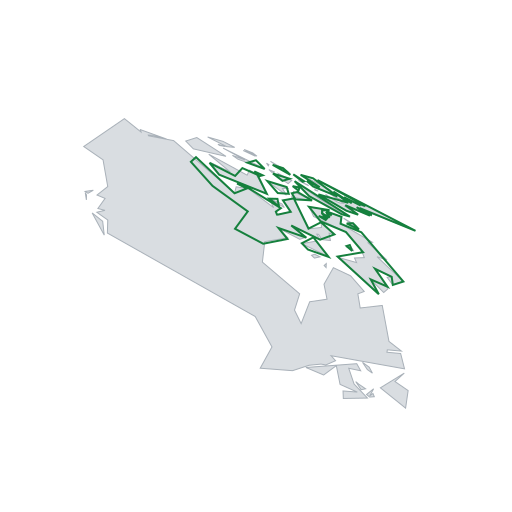 Canada, with Nunavut highlighted, rotated 28°
{"feature_id": "CAN-634", "entity_name": "Nunavut", "entity_type": "Territory", "adm_level": 1, "iso_a3": "CAN", "parent_name": "Canada", "parent_adm1": "", "projection": "equal_earth", "projection_center": [-85.605, 67.518], "detail": "medium", "context": "in_parent", "style": "outline", "palette": "green", "viewbox_px": 512, "rotation_deg": 28, "n_neighbors": 0, "source": "natural_earth", "source_scale": "10m", "svg_char_len": 5635}
<svg xmlns="http://www.w3.org/2000/svg" viewBox="0 0 512 512"><g transform="rotate(28 256 256)"><path d="M92.5,264.3L75.8,242.9L52.5,240.2L75.3,196.5L96.3,200.5L94.6,198.7L122.1,194.7L107.9,198.1L104.1,199.8L104.8,200.3L129.1,192.8L207.5,210.4L206.0,204.2L215.7,200.9L205.2,200.9L214.3,199.5L248.9,205.0L244.4,201.8L249.5,201.3L255.2,202.3L252.8,207.5L255.2,209.5L265.6,200.8L253.8,194.3L262.2,187.5L290.2,207.0L300.4,200.1L297.8,195.7L315.0,200.3L309.8,201.5L314.4,207.4L306.5,210.6L301.8,207.9L300.5,207.6L299.4,208.2L304.6,211.3L273.1,212.5L291.4,215.9L286.8,220.7L263.0,220.9L275.5,225.0L257.0,239.2L264.5,258.4L312.3,268.9L315.4,285.7L327.6,294.5L324.9,271.2L339.0,260.8L329.3,249.0L329.8,230.0L348.9,229.1L368.2,236.5L363.7,241.6L372.4,253.0L390.7,240.4L413.5,269.0L429.0,271.7L416.0,277.2L416.8,279.5L429.5,274.2L440.1,285.9L369.1,308.8L375.4,311.1L368.8,319.4L364.2,320.9L354.1,327.6L342.1,340.1L312.4,353.1L312.8,328.8L283.7,309.8L114.0,305.5L108.2,293.8L94.9,292.1L101.2,286.6L94.1,288.3L95.7,276.0L87.0,276.8L92.5,264.3ZM293.5,191.2L300.5,191.1L298.0,183.4L312.8,181.4L315.7,187.8L352.3,189.2L348.8,191.8L373.6,198.1L363.2,199.8L398.0,209.3L390.1,217.2L381.8,213.3L385.3,210.8L367.5,211.3L387.9,223.0L385.9,228.3L368.7,223.0L381.3,232.1L328.8,218.7L347.9,214.6L343.9,211.5L352.4,206.6L345.0,200.4L323.3,192.7L288.3,194.1L280.1,187.6L299.7,181.1L293.3,184.7L299.7,189.8L293.5,191.2ZM275.6,160.1L384.6,158.9L323.1,165.7L338.4,166.5L310.6,170.3L325.8,171.5L315.4,173.5L282.6,172.6L292.9,170.6L288.5,168.9L301.5,170.1L304.8,169.9L308.5,168.4L293.0,166.4L306.0,166.4L311.5,165.9L294.2,162.9L316.1,164.4L306.9,162.8L328.9,161.7L322.2,161.5L328.7,160.5L275.6,160.1ZM166.5,188.3L210.2,188.8L209.9,183.3L216.7,183.1L236.2,195.9L186.1,201.4L171.3,194.9L193.8,193.9L166.5,188.3ZM390.5,329.9L378.4,315.1L371.6,329.3L352.4,331.0L395.5,303.8L402.3,308.2L390.6,311.6L402.7,323.0L421.1,329.1L400.0,340.8L396.2,334.3L409.3,328.6L390.5,329.9ZM148.1,179.2L182.7,182.1L150.4,190.8L140.0,187.5L148.1,179.2ZM256.9,163.2L289.9,162.7L299.5,165.2L276.0,167.9L266.0,165.9L276.6,165.0L256.9,163.2ZM255.2,171.8L284.9,175.7L321.0,177.4L274.9,178.2L255.2,171.8ZM176.3,176.2L222.5,174.9L194.7,179.0L187.9,178.2L201.1,176.4L176.3,176.2ZM441.9,289.8L437.6,301.6L453.5,303.4L459.5,320.1L427.7,314.0L441.9,289.8ZM231.0,184.7L253.2,181.1L247.7,184.0L254.3,188.0L231.0,184.7ZM290.7,223.6L302.0,214.7L320.2,222.6L290.7,223.6ZM258.8,181.4L279.2,180.8L259.9,187.3L258.8,181.4ZM186.2,170.1L178.8,173.2L157.4,173.6L173.0,170.3L186.2,170.1ZM252.1,172.6L250.4,177.0L232.5,175.2L239.5,174.6L236.8,172.7L252.1,172.6ZM224.3,165.6L244.5,166.5L247.9,168.4L224.3,165.6ZM91.1,294.9L104.3,297.3L112.2,308.8L91.1,294.9ZM315.6,181.5L329.7,182.1L334.3,184.2L315.6,181.5ZM241.1,199.0L254.4,197.8L258.3,199.9L241.1,199.0ZM262.4,175.1L263.4,178.3L255.7,177.0L262.4,175.1ZM254.2,166.4L263.0,168.2L250.7,166.5L254.2,166.4ZM333.5,202.4L340.1,205.7L331.8,205.5L333.5,202.4ZM198.8,168.4L208.8,168.2L195.1,168.9L198.8,168.4ZM224.3,181.8L218.0,182.8L215.2,182.0L224.3,181.8ZM422.2,318.0L422.1,326.1L423.8,322.5L426.5,324.7L422.6,327.2L418.6,326.4L422.2,318.0ZM204.7,166.5L210.0,167.4L195.5,167.5L204.7,166.5ZM413.8,304.8L407.6,304.0L400.0,299.9L408.1,301.0L413.8,304.8ZM312.9,226.7L308.6,230.4L304.7,229.3L307.0,226.9L312.9,226.7ZM74.8,279.2L81.5,274.3L78.2,279.5L74.8,279.2ZM257.9,169.4L267.9,169.0L269.5,169.3L257.9,169.4ZM233.2,173.1L230.7,174.7L226.8,173.7L233.2,173.1ZM403.0,320.1L406.7,320.9L415.1,321.8L411.6,324.7L403.0,320.1ZM321.6,229.7L323.3,233.3L320.6,232.4L321.6,229.7ZM177.6,173.7L172.0,175.5L169.9,175.2L177.6,173.7ZM280.5,169.5L277.4,170.2L276.7,169.6L280.5,169.5ZM224.5,169.3L224.5,170.6L221.7,169.1L224.5,169.3ZM75.5,280.2L77.7,281.7L79.9,286.1L75.5,280.2Z" fill="#d9dde1" stroke="#a8b0b8" stroke-width="1"/><path d="M214.2,199.4L255.5,202.1L252.7,207.5L255.1,209.6L255.9,209.2L265.9,200.7L253.7,194.2L262.4,187.4L289.5,207.2L297.6,195.7L315.1,200.1L304.9,211.5L272.8,212.5L291.8,216.2L262.7,220.7L275.8,226.2L256.6,241.8L224.7,241.8L227.8,220.5L184.7,214.5L154.3,203.4L156.6,196.9L207.6,210.7L216.2,200.7L205.2,200.9L214.2,199.4ZM328.3,218.2L348.7,202.4L324.2,192.6L296.7,195.1L279.7,187.7L299.3,181.0L293.0,184.8L294.3,187.4L300.4,190.1L299.0,190.0L292.6,191.2L300.6,191.5L301.3,188.7L298.8,188.7L297.6,187.8L295.8,187.5L295.7,187.4L303.0,187.3L297.1,184.2L303.8,184.7L297.9,183.4L313.1,181.3L315.5,187.8L337.9,185.6L398.1,209.4L390.4,217.3L385.6,210.7L367.1,211.4L386.5,221.4L368.3,222.8L382.4,232.1L328.3,218.2ZM385.0,158.9L324.9,165.0L338.1,165.3L338.2,165.7L321.9,165.7L337.7,166.9L311.0,169.2L326.8,171.6L314.4,173.6L282.2,172.3L312.5,165.7L294.1,162.8L315.7,164.5L306.1,162.8L324.7,162.3L317.8,162.2L329.2,160.5L274.6,160.1L385.0,158.9ZM202.7,184.8L219.1,183.6L236.3,196.0L185.2,201.5L171.3,195.6L200.0,195.1L202.7,184.8ZM257.4,163.4L269.9,160.6L299.9,165.2L273.7,167.8L265.6,165.9L280.0,165.3L257.4,163.4ZM320.3,177.1L312.0,178.9L274.9,178.2L255.0,171.8L320.3,177.1ZM255.7,185.7L245.7,190.2L230.9,184.5L250.7,180.7L255.7,185.7ZM320.5,222.7L298.8,225.9L290.5,223.2L297.9,212.6L320.5,222.7ZM279.4,180.6L264.3,187.5L258.2,183.8L262.5,180.0L279.4,180.6ZM249.4,172.0L244.1,177.2L232.2,175.2L249.4,172.0ZM204.7,177.6L211.0,171.5L222.8,175.1L204.7,177.6ZM227.9,167.7L238.7,165.7L248.2,168.2L227.9,167.7ZM320.8,184.7L326.2,181.5L334.4,184.2L320.8,184.7ZM248.1,195.5L253.1,201.5L240.9,199.1L248.1,195.5ZM262.3,175.1L262.7,178.3L255.6,177.1L262.3,175.1ZM262.5,168.5L250.6,166.4L263.5,167.4L262.5,168.5ZM333.7,202.3L338.5,206.4L331.3,204.7L333.7,202.3ZM224.0,181.6L221.1,184.3L218.2,182.8L214.8,182.1L224.0,181.6Z" fill="none" stroke="#15803d" stroke-width="2"/></g></svg>